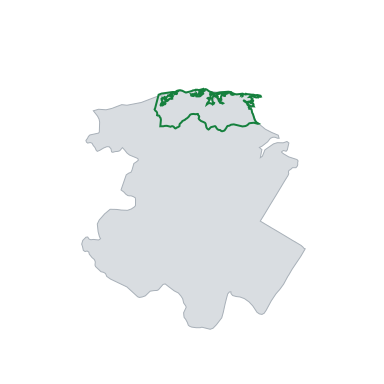 location of Ogooué-Maritime within Gabon, rotated 121°
{"feature_id": "GAB-2624", "entity_name": "Ogooué-Maritime", "entity_type": "Province", "adm_level": 1, "iso_a3": "GAB", "parent_name": "Gabon", "parent_adm1": "", "projection": "albers", "projection_center": [9.53, -1.509], "detail": "fine", "context": "in_parent", "style": "outline", "palette": "green", "viewbox_px": 384, "rotation_deg": 121, "n_neighbors": 0, "source": "natural_earth", "source_scale": "10m", "svg_char_len": 9181}
<svg xmlns="http://www.w3.org/2000/svg" viewBox="0 0 384 384"><g transform="rotate(121 192 192)"><path d="M261.8,71.5L261.6,74.4L258.3,81.3L256.8,86.6L256.4,92.3L257.3,96.9L258.8,100.2L259.8,103.8L259.0,106.2L257.5,107.3L258.5,108.5L260.9,108.9L264.9,107.8L271.1,105.9L279.1,103.2L284.5,101.7L293.2,102.7L297.9,103.8L300.3,105.7L302.8,113.9L304.1,115.1L306.2,118.6L308.0,122.8L308.3,124.9L308.1,126.5L306.3,128.7L304.3,132.0L303.6,134.1L301.9,135.5L299.8,137.0L293.9,137.6L293.0,138.5L291.4,142.0L288.3,145.0L286.9,147.8L285.6,151.6L285.9,156.3L285.2,163.0L284.6,167.6L286.1,169.2L293.1,170.4L294.4,171.3L296.3,174.1L298.6,176.8L305.0,178.5L307.5,180.5L309.5,182.8L309.8,184.6L308.3,191.9L306.9,199.0L307.4,204.3L307.9,209.4L308.6,216.9L308.3,221.5L306.4,224.2L306.4,226.4L307.2,229.0L305.6,236.3L304.6,237.5L301.7,238.9L300.2,240.8L299.7,243.9L298.2,248.0L296.6,249.6L296.6,251.5L298.1,253.0L298.0,255.1L295.2,257.7L293.5,259.7L289.7,260.7L285.3,259.6L284.3,258.2L285.4,255.9L285.0,254.1L283.5,252.2L281.2,247.3L279.1,246.3L278.0,248.3L274.4,252.0L268.2,256.7L263.8,257.1L255.7,255.6L249.0,253.3L245.8,247.7L243.8,243.1L240.9,237.8L237.7,235.2L234.2,233.6L232.7,233.5L227.7,236.4L226.2,237.6L226.2,240.1L226.7,242.4L227.5,243.6L228.1,245.1L228.0,247.4L227.1,250.5L226.8,253.9L211.2,257.2L208.5,256.0L206.6,254.5L204.2,254.7L197.5,256.5L195.0,255.3L192.6,254.4L191.5,255.1L191.3,256.6L192.5,264.6L192.1,267.7L190.6,271.7L189.8,274.5L193.9,275.2L195.4,276.5L196.8,278.5L198.8,280.4L199.0,281.6L196.7,283.7L195.9,286.3L197.0,288.3L199.8,290.4L203.9,292.6L205.9,294.1L205.7,295.4L203.8,298.2L203.0,300.6L201.7,302.7L202.0,304.7L203.8,306.6L203.6,308.2L202.4,309.5L199.8,309.2L197.7,309.4L195.7,308.9L189.7,302.5L188.4,302.3L179.6,307.2L177.4,309.2L175.6,312.1L173.2,318.4L169.2,314.7L165.8,308.0L161.8,303.9L153.3,297.2L151.1,292.4L141.4,281.6L127.6,270.8L117.5,261.4L116.0,259.4L117.7,259.6L127.4,264.3L128.7,263.8L129.8,262.7L125.6,260.3L121.7,258.3L117.9,257.1L114.2,257.3L112.1,255.3L110.7,252.3L110.0,249.7L108.3,247.0L103.0,241.5L101.7,239.3L98.8,236.4L100.6,236.0L106.3,238.8L106.8,237.7L106.3,236.1L100.6,233.4L97.5,233.2L96.7,231.4L97.2,229.2L93.1,221.1L88.8,215.1L88.1,212.2L99.6,225.4L101.2,225.6L103.2,225.5L107.9,224.0L107.0,222.2L104.9,220.4L102.8,221.2L100.1,221.4L98.7,220.6L98.0,219.3L100.7,212.9L99.6,213.2L98.7,214.3L97.2,214.9L94.9,215.2L89.3,211.8L84.3,202.6L82.9,200.7L81.6,197.5L80.3,196.2L74.5,183.0L76.7,184.0L79.4,187.8L84.4,187.0L86.4,184.8L88.2,184.9L90.0,184.4L92.2,182.3L98.7,173.3L100.4,161.4L99.9,154.3L98.9,147.3L101.1,145.0L101.9,146.5L102.3,149.0L103.4,150.9L105.7,152.5L110.0,153.0L116.7,155.6L119.1,157.2L119.7,153.9L127.4,151.1L125.1,150.1L118.3,151.2L108.9,147.0L105.8,144.3L102.9,139.2L99.8,136.6L100.1,134.2L106.8,132.0L108.6,132.3L109.3,134.9L111.1,135.9L111.8,135.6L112.1,133.3L112.1,127.3L110.1,118.7L110.7,117.1L112.5,116.5L114.2,115.4L115.3,115.1L117.6,115.4L118.8,117.4L119.4,118.4L121.7,119.0L123.6,120.0L125.2,119.7L126.5,118.5L128.5,118.2L134.7,118.3L140.2,118.3L151.3,118.3L162.4,118.4L173.5,118.4L181.8,118.5L181.8,113.5L181.8,106.0L181.7,97.0L181.7,88.4L181.7,80.5L181.6,71.1L182.1,68.4L182.6,67.3L182.4,65.7L191.0,65.6L206.6,66.4L213.4,66.3L215.3,66.4L223.8,66.0L230.6,66.6L233.6,67.2L236.2,67.6L244.4,68.0L255.2,67.5L258.8,67.7L260.9,69.0L261.8,71.5Z" fill="#d9dde1" stroke="#a8b0b8" stroke-width="1"/><path d="M125.8,270.7L123.3,268.8L116.1,259.9L115.3,258.4L116.0,258.9L117.2,260.2L118.0,260.6L119.0,260.7L119.5,260.4L120.8,258.9L120.4,260.4L120.5,260.9L120.9,260.7L121.1,260.3L121.2,261.8L121.6,262.3L122.2,262.0L124.0,262.7L124.6,263.7L124.7,264.5L125.0,264.5L125.2,264.0L125.8,264.2L126.1,264.0L126.2,265.4L126.4,265.9L127.0,265.4L127.8,265.4L127.6,265.9L127.8,266.1L128.6,265.6L128.9,265.3L129.5,264.2L130.1,264.0L130.9,263.9L132.2,264.0L133.3,263.8L133.7,263.7L133.9,263.1L132.8,262.6L132.9,261.8L131.1,261.0L130.6,260.3L130.3,260.3L131.1,263.1L130.6,263.1L130.0,262.4L129.5,262.1L129.1,261.4L127.7,260.9L127.5,261.0L127.5,261.7L127.0,262.4L126.7,263.1L125.6,262.6L125.7,262.1L125.5,261.3L125.6,260.9L126.0,260.7L126.8,260.7L127.0,260.3L126.5,259.9L125.4,259.6L124.3,259.4L123.6,259.5L122.6,257.3L122.2,257.0L121.9,257.4L121.1,257.8L120.1,257.6L119.1,258.3L118.2,259.2L117.2,259.5L116.5,258.9L116.2,258.4L116.1,257.9L117.0,257.2L116.7,256.9L116.1,256.7L116.1,255.8L115.8,255.6L115.5,255.5L115.1,255.7L115.0,256.0L115.5,256.9L115.6,257.5L115.3,258.1L114.6,257.8L112.9,255.8L112.2,255.3L113.9,257.5L112.9,256.9L111.9,255.9L110.9,254.7L110.2,252.5L110.0,248.8L109.7,248.2L105.6,244.2L104.5,243.6L103.3,242.1L102.7,241.7L103.0,241.1L102.1,240.9L101.6,240.1L101.1,238.6L99.4,236.9L99.1,236.5L98.5,236.1L98.1,235.5L97.7,235.3L97.8,234.9L98.1,234.7L98.3,234.8L98.6,235.6L99.3,236.1L100.2,236.4L101.1,236.3L100.8,236.7L101.3,236.9L101.6,236.7L101.9,235.8L102.1,235.8L102.4,236.7L102.0,236.8L101.9,237.0L101.9,237.3L102.0,237.6L102.5,237.1L102.4,236.9L104.5,236.9L105.7,237.2L106.2,237.9L106.1,238.7L105.2,239.4L106.0,240.2L107.3,240.4L107.5,241.7L108.3,242.2L108.7,243.2L109.0,242.7L109.7,242.4L109.6,241.6L109.3,240.8L109.0,240.2L108.6,240.3L108.1,239.7L107.1,239.1L106.9,238.6L107.4,237.9L107.8,237.6L107.7,237.3L106.4,235.1L105.6,234.3L105.2,234.7L104.4,234.1L104.2,234.9L104.4,235.8L103.6,235.2L102.6,233.3L101.9,233.0L101.6,233.3L101.2,234.4L100.8,234.5L100.6,234.9L100.5,235.8L99.9,235.3L99.1,235.2L99.6,234.4L99.5,233.9L98.5,233.3L97.6,233.8L97.0,233.6L96.7,232.8L96.6,231.6L96.8,230.1L96.8,228.4L96.3,226.6L96.3,224.9L95.6,223.2L94.7,222.0L92.4,219.6L87.3,212.5L86.2,209.9L86.0,209.1L86.5,210.1L86.9,211.4L87.4,212.1L88.2,212.9L88.8,212.9L89.5,213.2L90.0,213.6L90.4,214.9L91.4,215.9L91.6,216.7L93.1,218.7L95.9,220.9L97.4,221.4L97.8,226.5L98.1,227.1L98.5,226.9L98.7,226.5L98.3,225.9L98.4,225.6L98.8,225.5L99.1,225.6L99.4,226.3L100.0,225.6L100.9,225.1L102.0,224.7L103.0,224.7L102.8,225.3L102.7,226.0L102.9,226.6L103.6,226.9L103.8,225.5L103.8,224.9L103.6,224.4L104.8,224.2L108.2,224.7L109.4,224.4L107.7,223.7L107.1,223.2L106.6,222.4L106.2,220.9L106.2,220.0L106.4,219.4L105.2,218.8L104.5,218.8L104.2,218.9L104.4,219.8L104.3,220.2L103.0,221.9L102.1,222.6L101.0,222.9L98.8,223.1L98.5,223.0L98.3,222.7L98.3,222.0L98.0,221.4L98.0,220.3L97.8,220.1L96.8,219.9L96.8,219.3L97.1,218.8L97.7,218.6L98.4,218.5L98.7,218.3L98.8,217.7L98.6,217.2L98.3,216.8L98.3,216.6L99.9,216.3L100.2,215.9L100.4,215.1L101.1,213.9L100.9,213.2L100.2,211.8L100.5,211.4L100.3,211.2L99.9,211.0L99.9,211.8L100.2,213.9L100.1,214.3L99.8,214.7L99.4,215.0L98.9,215.2L98.6,215.0L98.2,214.5L98.0,214.3L97.3,214.6L96.6,215.7L96.2,216.0L94.2,216.4L93.5,216.3L93.1,215.7L92.9,214.9L93.1,213.8L92.6,213.2L91.8,213.6L91.5,213.8L91.0,213.8L89.0,212.3L87.9,211.8L87.5,211.2L87.4,210.3L87.7,209.6L87.4,209.1L88.2,208.5L88.0,207.5L87.3,206.6L86.5,206.0L87.0,207.2L86.7,208.7L86.4,208.6L86.0,205.7L85.3,203.9L81.2,198.7L82.3,199.7L82.9,200.0L83.5,199.8L82.9,199.6L83.5,198.6L84.0,198.2L83.5,198.0L82.4,198.8L81.6,198.6L80.8,196.3L80.4,196.5L80.1,196.5L79.5,194.6L78.9,193.5L77.9,191.1L77.0,189.6L76.4,187.5L75.2,185.9L74.2,182.9L74.8,182.0L75.1,182.3L74.7,183.1L75.2,183.4L76.5,183.7L76.3,184.3L76.5,184.8L77.4,184.8L78.0,185.8L78.3,187.1L78.5,188.8L78.7,189.4L79.1,189.9L79.7,190.1L80.0,190.4L80.3,191.5L81.0,191.7L80.6,191.1L80.6,190.4L81.2,188.3L81.7,188.2L83.2,188.4L83.2,188.1L82.3,187.6L82.1,187.2L82.1,186.7L82.4,186.5L82.8,186.5L83.7,187.0L84.1,187.5L84.5,188.2L84.9,189.6L86.4,191.0L86.8,191.7L86.8,192.6L86.6,194.0L86.8,194.6L87.1,194.6L87.3,193.8L87.4,191.3L87.6,190.6L88.6,189.5L88.8,188.8L88.7,187.9L89.3,187.4L90.2,187.0L90.3,186.6L90.3,185.8L90.7,185.6L91.3,186.7L91.2,185.8L90.4,184.4L90.7,183.4L93.1,181.2L93.9,179.8L97.5,175.8L98.5,174.2L99.1,172.5L99.1,170.1L99.6,170.6L100.6,174.0L100.9,174.8L103.0,177.6L103.6,178.2L104.1,178.5L105.3,178.7L106.7,179.3L108.0,180.2L109.8,182.5L112.5,191.0L114.2,193.2L115.0,193.6L116.1,194.3L116.5,194.8L116.8,195.2L117.1,195.5L117.9,195.7L119.0,195.6L122.3,195.8L122.8,196.0L124.2,197.2L124.7,198.2L124.4,199.6L125.1,201.4L125.1,202.2L124.8,203.5L123.7,205.5L123.7,206.2L126.5,209.0L126.9,209.2L127.5,209.4L129.4,209.7L130.0,210.1L129.8,211.7L129.2,212.9L126.4,215.6L126.0,216.5L126.1,218.1L126.5,220.8L126.2,222.8L125.9,223.6L125.6,224.1L125.2,224.3L124.0,224.5L123.6,224.7L123.2,225.2L123.1,226.1L122.1,227.1L122.2,227.4L122.8,228.1L123.6,229.2L124.3,230.9L125.6,232.6L126.4,233.2L126.8,233.4L129.3,233.6L131.3,234.2L132.6,234.9L133.9,235.3L136.1,236.8L137.0,236.8L139.8,237.5L140.3,237.5L141.1,237.2L141.8,236.7L142.2,236.7L143.9,237.6L144.7,238.3L145.6,238.6L146.0,238.9L146.1,239.3L146.1,239.7L145.6,241.0L145.5,241.5L145.6,242.5L146.2,243.4L147.1,244.0L148.2,247.6L149.3,249.3L150.4,250.4L152.0,253.0L146.2,255.8L144.8,257.0L144.4,258.1L143.6,259.2L143.5,259.6L143.6,260.0L144.2,260.9L144.2,261.5L143.0,262.0L142.3,262.5L141.9,262.9L141.4,263.8L141.1,265.5L140.5,266.6L140.2,266.7L139.4,266.7L125.8,270.7ZM86.5,184.5L88.0,184.8L88.3,186.2L88.2,188.0L88.2,189.2L86.9,190.0L86.3,190.0L85.7,189.5L85.4,189.0L85.5,187.3L85.3,187.0L84.7,186.4L84.6,185.9L84.7,185.2L85.1,184.5L85.6,184.1L86.5,183.6L86.8,183.1L87.0,183.5L87.1,183.9L86.9,184.1L86.5,184.2L86.5,184.5Z" fill="none" stroke="#15803d" stroke-width="2"/></g></svg>